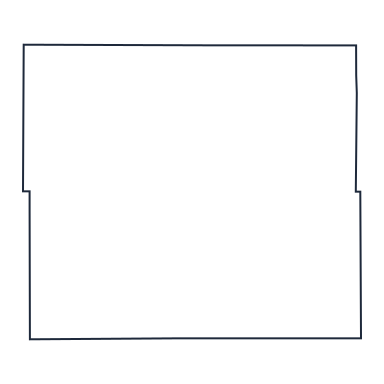 Lincoln, Nebraska, United States of America
{"feature_id": "52423323B56844685522234", "entity_name": "Lincoln", "entity_type": "district", "adm_level": 2, "iso_a3": "USA", "parent_name": "United States of America", "parent_adm1": "Nebraska", "projection": "equal_earth", "projection_center": [-100.713, 41.046], "detail": "fine", "context": "isolated", "style": "outline", "palette": "slate", "viewbox_px": 384, "rotation_deg": 0, "n_neighbors": 0, "source": "geoboundaries", "source_scale": "gbopen_adm2", "svg_char_len": 294}
<svg xmlns="http://www.w3.org/2000/svg" viewBox="0 0 384 384"><path d="M23.7,44.7L23.0,191.3L29.6,191.3L29.6,209.7L29.9,339.3L181.8,338.3L361.0,338.3L360.3,191.7L355.8,191.7L356.8,93.1L356.2,75.4L356.1,45.4L351.3,45.4L202.7,45.3L23.7,44.7Z" fill="none" stroke="#1e293b" stroke-width="2"/></svg>